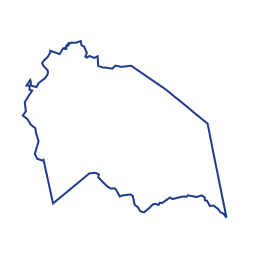 Harris, Texas, United States of America, rotated 185°
{"feature_id": "52423323B68186618035588", "entity_name": "Harris", "entity_type": "district", "adm_level": 2, "iso_a3": "USA", "parent_name": "United States of America", "parent_adm1": "Texas", "projection": "natural_earth1", "projection_center": [-95.269, 29.834], "detail": "fine", "context": "isolated", "style": "outline", "palette": "blue", "viewbox_px": 256, "rotation_deg": 185, "n_neighbors": 0, "source": "geoboundaries", "source_scale": "gbopen_adm2", "svg_char_len": 2060}
<svg xmlns="http://www.w3.org/2000/svg" viewBox="0 0 256 256"><g transform="rotate(185 128 128)"><path d="M53.8,65.2L48.7,67.3L45.5,65.5L45.1,62.7L43.0,62.4L39.6,57.4L36.2,58.2L31.2,55.2L28.5,52.0L25.4,51.0L22.1,47.3L40.5,109.7L49.1,139.3L51.9,141.2L64.2,149.5L68.4,152.5L76.9,158.3L77.1,158.4L80.4,160.7L84.2,163.1L90.3,167.4L95.1,170.5L95.3,170.6L98.2,172.2L100.5,173.5L125.7,187.7L130.2,190.3L140.0,188.3L145.9,189.0L148.9,185.7L155.7,186.3L157.9,186.0L162.9,187.1L163.2,187.9L164.5,196.8L167.7,194.9L172.1,196.2L172.6,196.4L175.2,194.5L176.7,195.4L175.5,199.1L178.8,205.3L181.5,206.3L182.7,210.5L187.3,208.4L192.1,208.0L192.4,207.8L192.6,207.5L192.8,207.4L193.0,207.3L193.4,207.4L193.6,207.6L193.9,207.6L194.2,207.5L194.5,207.4L194.8,207.2L194.7,206.9L194.6,206.5L194.3,206.1L194.3,205.9L194.4,205.7L194.8,205.6L194.9,205.4L194.8,205.0L194.9,204.9L195.2,204.7L195.4,204.9L195.6,205.1L195.7,205.5L195.8,205.5L196.0,205.4L196.1,204.9L196.3,204.8L196.6,204.4L196.8,203.8L196.8,203.5L196.5,203.1L196.5,202.8L196.5,202.4L196.2,202.0L196.2,201.7L196.3,201.4L196.6,201.2L197.2,201.7L197.3,201.8L197.4,202.2L197.6,202.3L197.9,202.2L198.2,201.9L198.3,201.5L198.4,201.4L198.9,201.7L199.1,201.6L199.6,201.7L202.6,195.6L212.2,198.2L212.0,196.6L212.4,195.6L214.2,191.8L217.9,187.6L219.2,185.1L218.0,183.0L213.0,178.3L212.5,175.8L213.3,173.2L213.5,173.0L214.6,170.9L219.7,166.1L221.2,164.6L222.6,160.8L227.3,161.5L228.6,162.7L229.0,166.1L229.6,167.3L232.7,161.5L229.8,161.6L229.3,157.4L226.7,156.9L230.1,150.8L233.1,144.7L231.2,135.8L233.9,131.2L228.9,128.0L225.1,122.8L220.3,119.7L219.4,115.7L215.9,107.0L218.6,94.1L215.7,89.4L210.2,88.1L209.4,88.9L204.2,72.4L196.1,46.3L176.2,65.9L165.3,76.7L162.5,79.4L156.6,80.5L153.0,79.3L153.3,76.2L144.4,68.6L140.1,66.2L135.9,66.7L134.0,64.8L130.2,59.0L127.7,60.3L120.0,62.0L117.3,60.8L114.7,52.1L111.2,50.0L109.0,46.7L106.4,45.5L104.6,45.5L99.9,50.1L96.6,54.0L95.4,54.4L94.4,54.8L90.8,54.1L89.9,56.3L87.4,56.3L80.2,62.4L77.5,61.1L67.8,64.4L63.5,64.7L62.4,66.2L53.8,65.2Z" fill="none" stroke="#1e3a8a" stroke-width="2"/></g></svg>